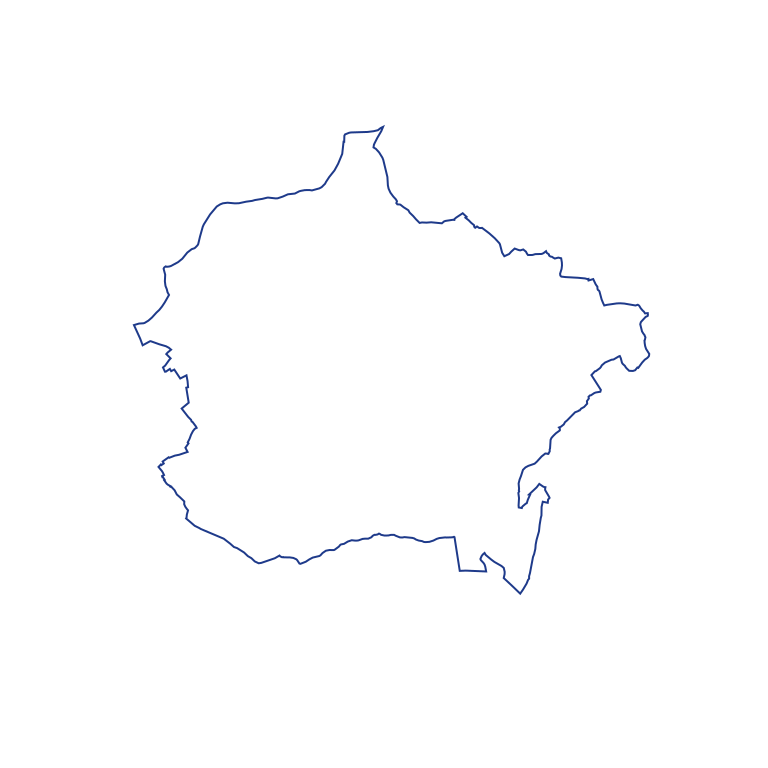 outline of Urmenis, Bistrita-Nasaud, Romania, rotated 134°
{"feature_id": "2599482B85850276190943", "entity_name": "Urmenis", "entity_type": "district", "adm_level": 2, "iso_a3": "ROU", "parent_name": "Romania", "parent_adm1": "Bistrita-Nasaud", "projection": "albers", "projection_center": [24.357, 46.791], "detail": "fine", "context": "isolated", "style": "outline", "palette": "blue", "viewbox_px": 768, "rotation_deg": 134, "n_neighbors": 0, "source": "geoboundaries", "source_scale": "gbopen_adm2", "svg_char_len": 6154}
<svg xmlns="http://www.w3.org/2000/svg" viewBox="0 0 768 768"><g transform="rotate(134 384 384)"><path d="M515.3,604.8L520.7,591.0L523.8,584.5L515.8,582.0L515.3,581.6L511.5,573.2L508.3,567.1L507.4,564.0L507.2,561.0L511.6,561.5L513.7,561.4L513.8,555.3L516.1,555.2L522.8,554.2L525.6,554.5L527.3,550.1L526.7,549.5L521.9,548.5L522.6,546.0L519.3,544.9L521.6,534.4L515.0,532.1L518.4,527.3L522.4,522.7L524.0,523.7L533.1,511.5L542.2,512.5L543.7,502.1L543.8,497.9L544.6,496.3L544.3,495.3L545.2,489.7L545.7,488.3L547.7,489.0L550.6,488.7L554.4,487.6L558.5,485.8L562.4,484.6L562.5,483.4L567.8,482.6L569.3,478.1L577.2,482.2L580.8,484.7L586.2,487.2L586.3,488.0L593.5,489.4L594.2,487.2L597.0,487.8L596.9,488.6L600.3,488.6L600.9,483.2L601.4,481.4L602.3,479.0L604.4,479.7L604.9,478.7L604.5,478.5L605.3,475.2L605.9,475.4L606.7,471.2L606.6,469.6L605.7,466.3L606.2,466.3L605.7,464.7L605.9,460.8L607.4,456.3L607.2,452.2L607.2,446.1L609.3,444.2L610.3,441.7L610.8,439.1L611.0,437.2L614.9,435.1L617.3,433.2L618.2,433.0L617.5,421.7L616.0,417.0L615.5,414.9L606.6,391.8L605.7,383.7L605.5,378.7L604.1,375.7L602.4,367.6L602.4,362.4L601.4,358.4L601.4,353.7L600.0,349.6L597.9,348.0L585.2,341.5L580.0,340.0L580.1,338.9L579.4,336.9L578.5,336.3L578.4,335.8L574.1,331.2L572.1,328.4L571.0,325.3L571.0,324.2L571.9,320.1L571.4,319.2L566.2,316.8L562.1,315.9L558.4,314.7L552.6,311.0L551.3,310.7L548.3,310.8L544.3,310.0L541.3,307.9L538.4,304.8L537.7,304.4L532.3,303.5L530.2,303.7L529.3,303.5L526.7,301.7L522.5,300.6L518.8,298.7L516.8,296.1L515.6,294.8L514.2,293.7L510.3,291.8L508.2,290.0L506.2,287.9L503.0,286.6L501.1,286.7L499.1,286.1L498.4,285.3L496.7,284.1L495.1,283.7L494.7,282.7L494.5,281.3L492.7,278.4L490.0,275.7L487.7,274.2L485.5,271.9L485.0,270.1L483.3,266.0L481.7,264.2L479.9,262.9L475.0,256.7L474.1,255.0L473.7,253.0L472.5,250.3L470.6,247.5L469.8,245.4L468.7,244.1L466.0,241.7L462.3,239.7L458.8,238.5L456.4,237.2L451.8,233.4L451.2,232.6L446.9,228.4L445.3,227.5L445.2,226.9L465.8,199.7L461.4,195.5L447.9,180.3L445.1,184.2L444.0,186.3L443.6,188.1L443.4,192.0L442.9,193.1L440.1,194.2L438.0,194.5L435.7,194.3L436.3,192.1L435.8,184.9L435.3,181.0L433.3,173.1L433.1,170.1L435.3,166.7L437.1,165.1L440.4,163.1L440.2,150.3L440.2,140.4L435.3,141.2L428.5,142.8L424.8,144.3L423.2,144.4L421.5,146.1L418.7,147.6L405.0,156.6L402.0,157.9L397.5,160.6L394.1,163.4L390.1,166.0L382.3,170.2L377.2,174.2L371.4,178.2L369.2,179.4L362.9,185.3L358.4,188.0L355.7,183.7L353.1,185.7L350.9,185.8L350.4,187.1L348.4,194.3L347.6,195.2L346.1,196.2L346.8,197.1L347.3,198.5L348.0,202.9L352.3,202.4L362.8,202.9L362.2,202.0L367.4,200.1L370.6,198.5L371.6,198.9L375.4,199.3L376.3,199.3L377.5,198.7L379.2,201.3L377.9,202.8L372.3,207.6L369.0,211.7L367.3,212.2L366.8,213.2L365.7,213.9L362.0,218.1L358.5,220.1L355.1,221.5L349.2,224.4L345.7,224.3L342.6,223.3L336.7,220.3L333.8,220.1L326.6,220.3L322.0,219.7L320.5,218.0L320.5,217.6L320.1,217.2L317.2,218.1L316.2,219.2L315.0,219.8L308.4,225.4L306.3,226.1L303.5,226.2L300.0,226.1L295.4,225.3L295.0,225.4L293.8,226.8L293.7,227.9L291.9,227.1L288.2,226.6L285.7,227.3L283.0,227.0L271.6,226.9L268.6,225.5L267.7,225.4L267.1,224.9L264.8,225.1L261.5,224.1L257.0,224.2L255.4,226.1L252.1,226.6L251.1,228.0L249.1,227.9L248.4,227.3L244.3,226.4L242.9,225.7L239.3,223.0L237.6,223.9L233.5,241.0L228.4,241.1L227.5,240.5L222.7,239.7L221.1,239.8L219.3,240.3L215.0,239.9L208.5,237.2L206.9,235.9L201.1,234.3L200.1,233.8L201.0,231.5L203.4,227.6L203.7,226.2L203.6,223.3L204.0,222.0L204.2,220.5L204.2,216.8L201.7,214.0L199.6,212.9L196.1,213.2L195.8,212.3L189.2,213.2L185.3,213.3L182.4,212.7L180.9,212.7L179.7,212.9L178.1,214.1L176.7,219.9L175.3,222.5L173.5,224.9L171.7,226.9L171.0,227.0L168.8,228.4L168.2,230.0L167.9,230.3L167.5,232.8L166.9,235.0L163.0,241.2L161.1,242.2L159.6,242.3L154.0,242.4L151.9,241.6L151.0,242.1L149.8,243.5L151.9,245.3L151.4,247.3L151.5,248.9L151.2,251.9L150.4,254.9L150.7,256.5L152.8,257.6L159.2,267.0L161.9,270.2L164.3,272.5L172.3,278.7L174.5,280.1L173.5,282.8L172.0,286.2L167.8,293.2L167.5,294.2L167.7,295.4L167.6,295.9L167.0,296.8L165.7,298.2L165.6,299.3L165.2,301.1L163.2,306.4L167.5,308.8L167.2,309.4L166.4,310.0L167.3,310.7L168.4,312.7L172.7,318.1L181.0,327.7L183.6,331.1L183.5,332.5L182.4,333.9L177.9,336.2L175.1,338.3L173.0,340.5L170.5,343.9L172.0,346.4L175.1,348.3L175.6,350.2L175.8,351.5L176.7,352.9L176.9,354.5L176.2,355.4L176.6,358.0L175.9,359.7L179.2,360.2L180.9,360.9L185.5,365.4L188.0,366.8L191.2,370.0L190.9,371.8L190.2,373.8L190.5,377.3L193.2,378.8L194.1,380.2L195.8,384.1L200.4,384.4L203.6,384.3L208.5,386.2L207.5,390.2L203.0,397.6L202.6,398.8L202.2,405.6L202.5,412.8L203.6,422.0L204.3,422.4L205.5,423.8L205.8,424.5L206.0,426.4L206.4,426.7L208.1,426.8L208.4,427.5L208.1,428.5L207.2,429.5L207.5,433.2L207.4,436.7L207.8,440.9L206.4,440.7L206.5,446.0L214.2,447.7L216.5,447.9L217.1,447.4L218.0,448.5L223.9,453.0L225.2,453.7L228.2,454.0L234.9,462.4L238.4,465.5L241.4,468.9L243.4,470.3L243.3,475.3L242.9,479.7L242.9,484.6L242.1,487.2L243.2,492.6L243.6,496.6L243.8,497.2L245.5,499.2L245.3,500.8L243.5,501.6L242.9,503.9L242.7,507.5L241.9,512.3L240.3,516.4L238.4,519.2L232.7,525.4L223.3,540.2L222.3,542.4L220.8,548.4L220.5,553.2L221.1,555.9L218.8,557.5L217.1,558.1L211.5,559.8L204.0,561.6L199.7,563.3L202.2,564.2L205.7,564.7L209.4,567.1L214.1,570.9L226.0,582.5L227.5,583.6L231.5,585.4L232.9,585.0L237.4,580.9L237.8,581.4L247.5,573.9L257.4,570.0L264.7,568.0L273.1,567.2L278.9,566.1L280.9,565.5L285.7,565.6L288.2,566.4L294.8,570.3L296.2,572.3L299.5,575.6L302.7,577.9L304.2,578.8L308.9,580.4L314.3,584.9L319.5,587.0L324.3,589.5L325.7,590.8L330.2,596.6L331.0,597.4L335.3,600.1L341.3,604.6L343.9,606.1L348.6,609.8L354.7,613.9L357.6,616.7L362.3,622.5L365.9,625.4L368.5,626.6L372.5,627.6L382.8,626.9L394.3,624.5L396.8,623.6L405.7,618.8L412.5,614.8L413.8,614.5L417.1,614.5L418.1,614.7L420.6,616.0L426.1,616.8L434.0,616.1L439.5,616.8L447.3,619.3L448.8,620.2L450.6,621.7L451.0,622.7L452.5,623.0L453.4,622.9L454.2,622.6L457.4,617.3L462.3,613.0L464.4,610.4L465.3,609.2L466.7,606.1L468.4,603.4L469.3,600.5L477.6,598.4L482.5,597.5L486.9,597.1L490.7,597.3L497.4,597.1L502.1,597.5L506.3,598.6L507.4,599.2L510.7,602.2L515.3,604.8Z" fill="none" stroke="#1e3a8a" stroke-width="2"/></g></svg>